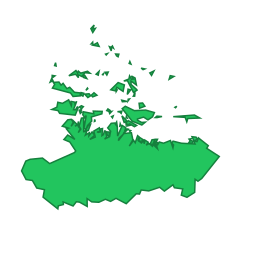 outline of Myeik, Tanintharyi, Myanmar, rotated 102°
{"feature_id": "60261553B82376991609151", "entity_name": "Myeik", "entity_type": "district", "adm_level": 2, "iso_a3": "MMR", "parent_name": "Myanmar", "parent_adm1": "Tanintharyi", "projection": "mercator", "projection_center": [98.426, 12.423], "detail": "fine", "context": "isolated", "style": "filled", "palette": "green", "viewbox_px": 256, "rotation_deg": 102, "n_neighbors": 0, "source": "geoboundaries", "source_scale": "gbopen_adm2", "svg_char_len": 6025}
<svg xmlns="http://www.w3.org/2000/svg" viewBox="0 0 256 256"><g transform="rotate(102 128 128)"><path d="M128.6,45.8L123.0,57.1L126.9,57.6L127.4,61.0L129.7,59.1L131.8,72.7L131.5,81.2L133.6,82.1L135.1,79.9L138.1,79.9L131.4,83.9L135.5,90.1L135.2,94.5L138.9,95.7L136.3,95.6L135.9,98.2L142.2,94.8L138.7,100.4L133.6,99.3L134.5,102.1L139.3,103.0L139.1,101.0L139.6,100.1L140.8,100.3L138.8,104.1L141.0,106.6L137.7,105.3L136.3,109.0L140.1,108.8L137.3,110.0L139.9,111.8L138.9,113.7L136.6,109.8L134.7,115.0L136.7,114.7L137.5,115.5L138.1,114.5L138.5,114.8L137.8,115.6L134.4,115.3L133.5,117.0L140.9,117.9L138.9,119.9L145.4,123.0L138.5,120.8L131.9,123.7L134.3,130.9L142.4,134.8L140.0,134.7L135.2,131.4L133.3,131.0L132.3,129.9L131.3,130.0L130.7,129.9L128.9,128.6L130.6,130.5L128.2,130.3L126.7,134.2L138.1,136.5L129.1,138.7L125.9,142.1L126.9,145.4L132.1,147.9L134.8,144.3L140.3,144.2L143.7,148.6L141.0,147.0L135.7,149.4L135.8,150.4L139.7,150.7L140.9,151.9L133.8,152.8L134.9,155.3L135.6,154.4L137.6,154.2L138.5,156.2L138.3,157.5L137.2,154.5L133.8,156.1L138.1,160.8L143.7,158.1L147.1,163.0L142.1,159.1L139.3,162.3L143.8,164.6L140.7,164.9L143.8,168.2L139.9,167.7L140.8,170.6L127.3,173.5L128.0,175.6L136.3,176.2L138.9,173.9L142.9,175.7L138.6,174.6L137.0,176.9L131.9,177.9L135.4,177.8L137.3,180.3L135.2,178.4L132.5,182.7L134.0,182.0L138.2,184.0L133.6,182.8L131.3,185.3L132.5,188.6L139.9,192.7L140.5,186.2L141.6,188.1L150.2,177.6L147.4,185.5L152.6,188.3L153.8,182.0L161.3,174.4L163.1,175.2L179.1,197.2L175.2,205.4L179.0,217.3L181.6,221.1L192.1,223.2L199.6,217.0L199.2,210.6L205.7,204.8L205.7,196.9L213.3,196.7L221.7,179.8L218.6,180.0L216.3,175.3L213.8,176.1L215.7,165.5L210.9,163.2L210.6,160.0L213.2,151.6L205.6,153.3L207.8,148.1L206.7,141.1L202.4,135.3L203.4,129.8L199.3,125.1L202.4,114.0L190.6,106.2L190.2,103.0L185.9,102.2L185.2,94.6L179.4,84.7L182.2,79.3L174.2,72.2L176.8,70.2L176.2,61.8L182.6,61.9L183.5,55.9L177.1,49.4L164.2,51.7L165.5,48.5L162.1,45.4L136.9,32.8L131.5,46.8L128.6,45.8ZM112.0,106.3L107.4,105.4L106.8,114.4L109.7,125.4L107.3,135.2L110.3,137.7L120.4,125.4L122.2,115.1L118.7,112.3L119.7,115.8L118.4,120.4L117.2,120.6L114.1,115.0L115.9,110.2L112.0,106.3ZM126.4,182.3L118.8,181.0L118.0,182.0L121.1,183.2L121.4,185.1L112.5,183.7L114.8,184.3L116.2,185.2L113.8,184.8L113.8,189.2L115.1,189.5L116.0,188.1L118.1,188.1L112.8,191.9L117.5,197.2L117.4,202.0L122.4,201.9L125.7,206.3L125.5,200.1L127.9,197.9L126.4,182.3ZM106.5,181.4L103.6,182.0L104.2,187.8L100.3,193.5L102.2,196.0L97.8,200.8L100.0,202.4L97.4,205.1L98.8,210.1L95.2,212.9L99.3,213.7L97.7,211.7L100.6,208.8L104.7,210.2L105.7,191.5L108.6,188.3L106.5,181.4ZM119.6,156.5L117.1,156.7L118.7,165.5L121.2,164.4L121.4,175.1L124.4,175.0L126.9,172.4L125.0,171.7L125.3,171.4L137.5,171.0L138.0,168.8L134.0,168.1L128.8,164.9L124.8,166.1L119.6,156.5ZM92.1,130.0L89.1,127.0L88.6,127.4L84.7,134.1L81.5,134.8L84.2,128.7L77.6,131.5L76.4,135.5L79.0,132.9L79.6,134.7L76.7,137.3L79.9,137.3L82.9,141.9L81.8,138.4L92.1,130.0ZM93.2,140.4L86.6,140.5L85.6,147.1L94.2,152.8L94.3,148.1L90.5,147.4L93.2,140.4ZM103.3,59.8L101.5,65.7L107.5,86.1L105.7,74.3L109.7,71.8L106.3,71.5L103.3,59.8ZM82.3,176.6L80.9,179.4L84.2,185.7L82.7,188.4L84.8,188.6L82.6,190.9L89.2,196.7L86.3,190.4L89.1,186.9L86.2,188.1L87.2,183.9L82.9,181.6L82.3,176.6ZM123.7,120.1L120.8,128.9L122.9,131.2L125.1,129.1L123.6,127.2L125.4,122.0L123.7,120.1ZM103.2,116.0L100.5,118.9L101.5,122.3L106.2,120.7L103.2,116.0ZM117.4,136.5L123.4,132.9L121.3,130.4L117.4,136.5ZM41.9,182.3L37.3,180.6L38.5,183.0L34.3,182.5L38.5,185.0L41.9,182.3ZM124.7,57.7L122.8,59.5L123.2,63.6L126.8,60.9L124.7,57.7ZM139.2,169.2L138.7,166.3L132.3,165.4L133.7,167.3L139.2,169.2ZM54.3,179.5L54.2,173.2L51.0,175.7L54.3,179.5ZM104.2,171.2L102.6,173.2L103.9,177.4L106.6,173.6L104.2,171.2ZM102.4,165.2L100.6,168.6L103.7,170.8L104.9,169.0L102.4,165.2ZM95.3,135.7L90.2,133.3L90.0,136.0L95.3,135.7ZM71.7,115.9L66.8,114.5L69.6,118.1L71.7,115.9ZM71.8,97.9L68.0,93.8L68.0,97.6L71.8,97.9ZM136.2,148.4L139.6,146.4L139.8,144.6L135.9,145.5L136.2,148.4ZM127.7,61.5L126.9,64.2L129.5,65.4L130.0,62.6L127.7,61.5ZM106.2,178.7L103.2,178.5L103.1,181.1L105.7,180.8L106.2,178.7ZM116.4,176.1L115.9,178.2L117.6,180.0L118.8,177.5L116.4,176.1ZM56.1,160.4L52.6,160.8L52.3,163.1L56.1,160.4ZM115.1,137.7L112.8,137.5L114.2,141.7L114.1,139.4L115.1,137.7ZM115.4,152.4L115.8,149.7L114.5,149.2L113.5,151.6L115.4,152.4ZM117.7,148.9L115.2,147.4L116.2,149.8L117.7,148.9ZM88.2,178.6L85.5,181.3L87.1,183.2L87.9,181.7L88.2,178.6ZM95.5,128.1L91.7,128.5L95.8,129.4L95.5,128.1ZM82.5,168.1L78.6,168.1L82.0,170.4L82.5,168.1ZM137.0,99.6L140.6,97.0L136.1,99.5L137.0,99.6ZM112.1,103.5L111.8,101.8L109.7,97.1L110.4,102.2L112.1,103.5ZM62.6,140.0L64.6,140.3L64.9,138.4L62.6,140.0ZM133.3,98.7L135.3,97.4L132.9,96.8L133.3,98.7ZM60.4,152.5L57.7,152.3L58.2,155.5L59.8,154.2L60.4,152.5ZM121.4,179.1L123.7,177.7L122.1,176.6L121.4,179.1ZM82.2,212.8L82.3,211.2L79.2,212.4L82.2,212.8ZM123.0,131.3L125.6,130.3L125.1,130.0L123.0,131.3ZM80.6,159.7L77.4,159.0L78.3,162.1L80.6,159.7ZM103.5,139.0L102.2,134.5L102.1,139.9L103.5,139.0ZM126.0,141.0L127.1,139.4L124.4,140.4L126.0,141.0ZM125.5,136.5L127.9,136.4L127.2,135.4L125.5,136.5ZM92.2,210.3L92.3,213.1L93.2,213.0L94.0,211.9L92.2,210.3ZM126.5,162.4L128.5,162.2L128.0,161.6L126.5,162.4ZM123.8,127.1L125.8,128.4L124.8,126.3L123.8,127.1ZM66.7,127.6L67.8,125.4L66.7,123.8L66.7,127.6ZM126.2,66.0L127.0,65.2L125.5,64.2L126.2,66.0ZM129.9,126.4L131.0,125.4L130.0,124.8L129.9,126.4ZM98.3,85.7L96.6,84.8L98.0,86.4L98.3,85.7ZM121.3,145.3L119.2,145.0L120.3,146.5L121.3,145.3ZM99.9,177.0L97.9,175.5L97.4,176.0L99.9,177.0ZM52.9,158.9L51.0,160.3L52.1,161.0L52.9,158.9ZM53.4,181.5L53.0,179.9L51.4,180.4L53.4,181.5ZM120.1,179.3L120.9,177.6L120.3,177.3L120.1,179.3ZM61.1,164.5L59.5,163.6L60.4,165.3L61.1,164.5ZM101.5,133.6L99.3,132.6L99.8,133.8L101.5,133.6ZM117.1,132.0L118.4,132.0L118.5,130.8L117.1,132.0ZM81.2,163.5L79.1,163.0L81.1,164.0L81.2,163.5ZM94.7,147.1L92.4,146.3L93.5,147.4L94.7,147.1ZM129.1,128.5L131.8,129.5L129.1,127.7L129.1,128.5Z" fill="#22c55e" stroke="#15803d" stroke-width="1.5"/></g></svg>